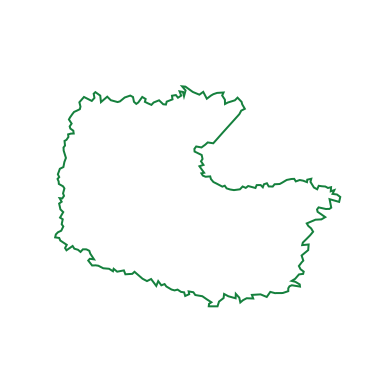 Fontoura Xavier, Rio Grande do Sul, Brazil (Equal Earth projection), rotated 291°
{"feature_id": "56859067B33856190340106", "entity_name": "Fontoura Xavier", "entity_type": "district", "adm_level": 2, "iso_a3": "BRA", "parent_name": "Brazil", "parent_adm1": "Rio Grande do Sul", "projection": "equal_earth", "projection_center": [-52.364, -29.018], "detail": "fine", "context": "isolated", "style": "outline", "palette": "green", "viewbox_px": 384, "rotation_deg": 291, "n_neighbors": 0, "source": "geoboundaries", "source_scale": "gbopen_adm2", "svg_char_len": 3383}
<svg xmlns="http://www.w3.org/2000/svg" viewBox="0 0 384 384"><g transform="rotate(291 192 192)"><path d="M235.4,54.7L231.7,57.3L229.1,57.6L226.6,55.3L224.5,53.2L221.9,52.4L217.9,51.4L215.6,51.1L212.7,55.1L209.4,54.3L207.6,55.7L206.7,59.2L204.2,60.6L203.1,58.0L201.4,55.7L199.1,56.9L195.7,56.1L194.0,54.7L189.8,56.8L187.5,56.1L184.6,57.4L178.6,62.1L174.3,62.1L169.2,63.0L166.3,60.3L163.3,60.4L160.5,60.4L158.3,62.7L156.0,61.8L154.1,63.7L151.8,64.8L151.1,69.6L149.6,71.6L144.5,72.1L142.5,73.9L139.5,73.2L138.8,70.6L136.2,73.8L133.6,72.1L128.6,75.4L127.1,79.0L120.8,78.0L120.2,81.1L115.2,81.9L113.7,84.2L109.0,83.8L106.4,81.3L103.6,80.1L100.6,80.5L101.5,84.5L99.5,86.4L97.8,94.0L94.2,93.6L92.6,95.7L98.8,99.9L96.9,102.5L97.2,106.3L96.1,109.4L99.4,110.7L100.6,114.0L100.3,117.2L98.0,119.1L94.0,124.7L93.0,120.5L90.8,119.7L87.6,125.1L89.0,128.3L89.6,131.0L89.0,136.5L90.6,142.1L89.7,146.6L92.2,146.4L90.8,150.7L94.4,156.5L91.3,159.3L94.2,165.6L96.9,166.9L93.3,176.9L92.7,181.9L96.1,185.0L91.5,192.3L96.7,192.4L93.9,196.8L96.2,199.4L94.6,201.9L93.6,207.8L93.9,211.0L95.7,213.5L94.8,217.5L95.5,220.6L92.5,222.9L95.6,226.0L98.0,224.5L98.9,229.2L97.0,232.0L98.4,239.0L97.1,244.3L96.0,249.6L93.7,248.0L91.3,248.6L94.4,256.8L99.4,256.5L104.3,259.5L108.3,258.5L107.7,263.3L108.4,270.8L112.6,269.4L110.3,274.0L106.2,276.7L109.3,278.4L112.4,281.1L114.5,287.3L117.4,284.8L121.0,292.7L120.8,299.4L126.8,300.9L127.3,305.6L130.2,312.9L133.9,317.4L136.6,316.4L138.9,316.8L140.7,318.6L142.4,326.7L144.3,325.7L145.2,320.7L144.7,316.9L147.9,319.4L153.4,321.4L155.4,325.1L157.7,324.8L158.8,321.0L161.2,318.3L165.6,319.6L167.8,320.5L172.0,317.1L179.4,321.3L184.8,319.7L181.9,313.9L184.5,313.6L188.9,315.6L193.9,317.8L198.3,319.3L200.7,316.3L202.0,312.7L203.8,310.4L210.4,317.2L212.8,322.6L216.3,325.4L218.5,316.4L220.5,315.0L223.0,315.7L224.1,323.0L225.4,326.3L227.3,327.6L234.6,323.0L235.5,332.9L240.5,332.2L241.6,328.2L240.6,323.9L244.8,324.2L242.4,321.3L246.3,320.1L244.5,317.5L244.9,314.5L243.9,311.2L243.2,308.1L239.4,307.9L239.9,304.2L243.9,299.0L247.1,298.6L244.8,295.2L242.4,295.8L242.4,291.7L241.8,288.3L239.1,285.1L240.9,282.7L239.8,280.2L237.2,276.1L233.0,272.8L230.9,271.0L228.8,266.3L226.0,265.4L224.7,261.6L227.0,258.8L225.0,256.4L221.8,256.4L223.1,253.6L221.6,249.9L218.5,249.8L217.7,242.3L215.1,240.7L215.3,237.3L211.7,235.8L208.8,230.5L208.0,226.6L207.8,223.0L209.6,220.3L207.9,218.4L208.6,212.5L209.0,208.4L210.9,205.0L213.1,203.4L211.1,199.2L211.2,196.2L212.8,194.1L214.3,196.4L216.4,193.2L218.7,189.7L221.4,193.0L223.9,189.4L226.6,190.0L230.0,187.8L230.7,179.9L233.1,178.8L236.0,179.6L237.0,184.9L240.9,187.4L243.9,188.9L245.1,194.4L259.2,199.7L281.6,208.3L285.6,208.8L288.6,211.5L291.8,207.5L293.9,206.0L296.4,200.7L293.0,199.2L288.3,193.3L286.0,191.3L290.0,189.6L292.9,185.6L296.2,185.8L293.5,179.9L291.0,176.9L288.9,175.2L284.4,172.4L289.5,166.6L285.5,164.0L285.7,156.9L288.0,148.1L287.1,144.9L284.5,149.6L278.6,150.2L282.2,147.7L281.5,144.3L278.1,147.4L275.0,145.1L276.7,142.2L274.7,138.8L271.5,140.6L267.3,136.0L264.3,136.3L263.6,133.7L265.8,128.4L261.8,124.1L258.8,122.9L259.0,118.8L259.3,115.7L262.2,115.4L262.9,111.5L256.4,109.8L254.3,108.4L255.4,105.5L259.5,102.9L259.9,99.8L256.1,95.3L250.8,92.3L249.3,90.3L248.6,83.3L250.6,78.7L243.3,74.8L249.1,71.8L250.6,66.0L248.5,65.0L244.9,67.2L241.1,65.8L242.0,57.1L235.4,54.7Z" fill="none" stroke="#15803d" stroke-width="2"/></g></svg>